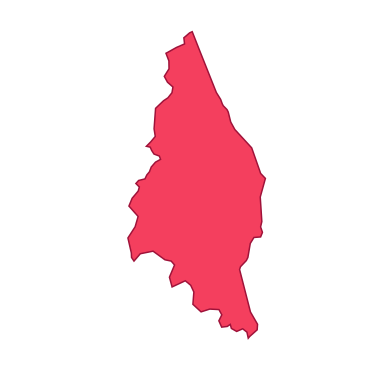 outline of Silistra, rotated 76°
{"feature_id": "BGR-2261", "entity_name": "Silistra", "entity_type": "Province", "adm_level": 1, "iso_a3": "BGR", "parent_name": "Bulgaria", "parent_adm1": "", "projection": "natural_earth1", "projection_center": [27.051, 43.921], "detail": "fine", "context": "isolated", "style": "filled", "palette": "rose", "viewbox_px": 384, "rotation_deg": 76, "n_neighbors": 0, "source": "natural_earth", "source_scale": "10m", "svg_char_len": 1283}
<svg xmlns="http://www.w3.org/2000/svg" viewBox="0 0 384 384"><g transform="rotate(76 192 192)"><path d="M196.6,117.5L213.4,127.0L237.6,131.4L242.5,133.9L248.1,133.4L248.5,133.6L252.2,136.3L251.1,142.9L256.0,147.9L269.0,153.6L271.7,155.9L276.2,163.0L278.7,164.6L322.6,164.3L336.2,160.4L341.5,162.1L346.1,170.9L347.5,172.8L341.3,172.6L337.0,175.9L338.1,182.4L333.9,186.8L329.7,186.9L331.0,190.3L330.3,195.9L323.5,197.1L318.4,192.8L312.6,194.3L309.9,203.1L310.5,212.2L301.2,218.3L289.5,214.4L282.2,215.8L276.5,220.0L279.3,234.3L269.2,234.5L258.6,226.6L254.0,228.9L251.2,234.7L240.0,244.1L239.4,257.1L245.0,265.0L240.9,266.5L236.4,265.6L221.1,265.3L212.0,255.6L202.7,250.2L190.4,256.6L183.6,251.6L178.1,244.0L174.4,241.9L170.2,244.4L167.9,241.0L167.9,234.5L164.5,231.7L162.1,228.4L157.9,225.5L154.2,220.2L152.7,214.6L149.2,215.0L146.0,219.7L141.9,221.1L138.4,221.7L136.6,225.2L133.3,219.8L129.2,214.2L121.5,213.5L102.0,207.1L96.6,197.6L94.8,192.6L90.8,187.4L85.5,185.1L79.6,189.2L73.1,190.9L66.9,184.5L59.2,182.7L51.1,183.7L48.0,172.2L46.5,163.4L40.4,162.6L37.0,155.8L36.5,153.0L55.7,150.5L101.4,144.3L109.1,141.8L113.8,141.3L115.9,140.8L120.5,138.1L123.2,137.5L133.5,137.5L141.8,135.3L163.6,123.4L190.6,120.9L196.6,117.5Z" fill="#f43f5e" stroke="#9f1239" stroke-width="1.5"/></g></svg>